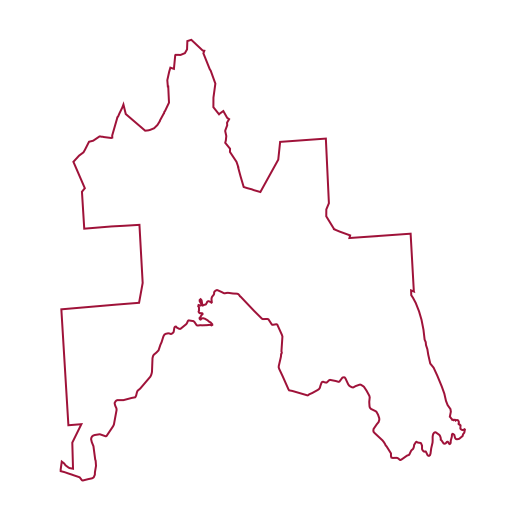 Goliševas pag., Karsavas, Latvia, rotated 88°
{"feature_id": "27541924B2681708815128", "entity_name": "Goliševas pag.", "entity_type": "district", "adm_level": 2, "iso_a3": "LVA", "parent_name": "Latvia", "parent_adm1": "Karsavas", "projection": "robinson", "projection_center": [27.928, 56.767], "detail": "fine", "context": "isolated", "style": "outline", "palette": "rose", "viewbox_px": 512, "rotation_deg": 88, "n_neighbors": 0, "source": "geoboundaries", "source_scale": "gbopen_adm2", "svg_char_len": 6022}
<svg xmlns="http://www.w3.org/2000/svg" viewBox="0 0 512 512"><g transform="rotate(88 256 256)"><path d="M297.0,99.4L296.5,99.5L239.1,100.7L241.3,162.0L238.7,161.2L234.5,171.6L232.0,177.0L231.8,176.9L231.7,177.1L218.8,184.4L211.9,184.1L205.8,181.3L141.1,182.1L142.8,227.9L160.5,230.4L192.2,249.4L190.1,255.9L189.2,257.9L187.9,262.3L186.6,265.9L175.7,268.7L166.6,270.8L166.5,270.6L161.2,272.2L151.1,278.4L147.9,278.2L141.8,282.8L139.4,282.1L135.1,281.5L130.2,282.4L129.4,282.3L124.3,280.2L121.9,280.3L121.1,279.9L118.3,278.1L116.9,280.0L110.0,283.6L112.3,287.1L113.1,288.0L105.8,293.4L96.2,293.0L82.3,290.6L69.2,294.8L67.7,295.7L51.6,301.5L49.1,300.5L48.8,302.1L37.7,313.1L38.8,317.1L47.1,317.7L50.8,320.0L52.4,324.3L52.2,329.4L52.5,329.7L66.1,331.5L64.8,335.0L68.7,336.3L77.2,338.5L83.5,338.2L83.5,337.8L99.7,337.6L108.0,341.9L108.6,342.5L110.0,342.9L110.0,343.0L117.3,347.3L117.7,347.3L121.6,349.9L124.8,353.4L126.3,357.5L126.7,359.4L126.9,362.4L109.6,381.2L100.0,383.2L103.1,384.5L108.9,387.6L111.9,389.0L112.1,389.4L112.7,389.8L113.3,389.9L130.5,395.5L132.7,395.5L133.0,396.6L131.8,404.0L131.5,404.9L131.4,406.2L131.0,407.8L131.1,408.3L135.1,414.7L136.0,418.9L143.8,423.2L146.4,424.8L149.5,429.3L155.5,435.2L182.3,424.7L185.7,427.7L222.7,426.7L221.4,399.1L221.2,387.0L220.8,371.4L279.0,370.2L298.7,374.5L299.7,397.4L302.5,452.4L418.6,449.4L418.0,436.4L436.1,446.1L462.2,446.3L461.4,449.9L460.6,451.1L458.5,453.7L456.6,455.0L454.7,457.3L462.8,458.7L464.2,458.7L465.1,455.6L470.8,440.5L471.1,439.9L474.0,437.8L474.3,437.2L474.3,436.8L473.1,431.3L472.5,427.7L471.8,426.3L471.5,425.9L469.0,424.7L466.4,424.5L460.1,423.2L455.0,423.4L453.8,423.8L440.4,425.1L436.3,426.6L433.3,427.2L432.0,426.9L430.7,426.2L429.8,425.0L429.3,423.5L428.7,418.6L428.8,418.0L430.9,412.6L430.9,412.2L430.6,411.6L421.2,404.8L419.5,403.9L405.0,400.7L403.4,400.8L400.7,401.9L398.5,402.4L397.7,402.3L396.2,401.3L395.6,400.6L395.2,399.6L395.4,393.4L393.5,385.1L393.0,381.7L392.8,381.5L391.4,380.7L387.9,379.7L386.5,379.0L384.5,376.4L372.9,365.8L371.2,364.9L369.4,364.3L368.1,364.0L354.5,363.0L352.4,362.4L351.1,361.6L349.1,359.0L346.9,356.7L341.3,354.6L338.9,353.4L333.0,351.3L331.3,350.2L330.6,348.8L330.2,346.5L330.3,345.6L331.0,343.7L330.4,342.3L329.4,341.2L328.8,340.9L324.9,340.1L324.2,339.7L323.8,339.2L323.7,338.8L323.8,338.3L324.8,337.6L326.1,335.3L326.2,334.3L326.0,333.8L321.7,328.1L320.6,327.3L318.7,326.4L318.1,325.8L318.0,325.5L318.9,320.8L319.8,319.8L323.0,317.8L323.4,317.1L323.4,315.8L323.2,314.2L323.4,312.3L323.4,307.4L323.2,305.0L323.3,303.7L323.8,303.0L323.4,302.1L322.7,302.1L320.8,303.7L319.9,305.3L318.6,306.6L316.9,309.3L316.4,310.8L316.4,312.1L316.5,312.4L317.5,313.4L317.6,313.8L317.0,314.4L316.1,314.6L315.4,313.9L313.1,312.5L312.4,311.5L312.0,311.4L311.5,311.6L311.3,311.9L311.1,314.4L310.0,315.2L309.5,315.3L308.3,314.8L307.1,314.9L305.9,314.7L304.9,315.0L304.2,315.5L303.0,315.1L303.6,313.0L303.2,312.2L302.7,311.9L299.8,313.6L299.0,313.9L298.0,313.8L297.2,312.9L297.8,312.3L298.6,311.9L301.8,311.5L302.5,311.6L302.7,311.2L303.6,310.8L303.0,309.5L302.8,308.4L302.6,307.8L301.4,307.0L300.0,306.3L299.6,305.6L299.5,304.9L300.4,302.9L301.1,302.2L300.8,301.8L297.4,302.0L296.1,301.7L295.2,301.3L293.1,299.5L292.3,299.2L290.9,299.1L290.1,298.7L289.2,297.6L288.7,296.3L288.8,295.7L290.8,291.6L292.0,289.5L292.2,288.6L291.8,286.1L291.9,284.7L292.7,280.2L293.0,276.3L293.5,275.0L294.9,273.8L295.7,273.5L296.1,272.8L310.7,259.9L318.7,252.4L319.1,251.9L319.3,251.3L319.3,247.0L319.7,245.8L324.8,242.7L325.3,242.2L325.3,241.0L324.9,238.2L325.0,237.7L325.4,237.1L335.6,232.9L337.4,232.4L352.1,233.9L353.4,233.6L354.5,233.9L354.8,234.3L357.5,234.6L366.8,237.1L368.1,237.2L369.8,236.7L377.0,233.6L390.4,228.2L391.4,227.6L392.1,224.5L397.1,209.4L396.9,208.6L396.1,207.7L394.9,204.6L392.0,198.9L391.2,197.7L390.0,196.8L387.8,196.1L385.3,195.1L384.5,194.6L384.2,194.2L384.0,193.4L384.6,191.9L385.0,190.2L384.8,189.6L382.6,187.1L382.4,186.3L383.7,180.7L384.6,178.0L384.6,177.5L384.3,176.9L380.7,174.0L380.4,173.4L380.3,172.7L380.4,171.7L381.4,170.9L387.3,168.4L388.6,167.6L389.4,166.7L390.4,165.0L390.7,164.1L390.7,163.3L389.5,161.0L388.2,156.9L388.2,156.1L388.5,155.4L390.1,153.1L390.6,152.6L394.5,150.2L399.7,147.6L401.3,147.3L405.6,147.9L406.9,147.9L410.2,147.8L411.5,147.5L412.8,146.5L415.3,141.8L415.9,141.1L418.8,139.6L422.4,138.5L424.1,138.5L426.3,139.3L428.3,141.1L432.9,144.5L434.3,144.8L435.7,144.7L436.9,143.8L444.7,136.0L446.5,134.7L448.4,133.6L449.9,133.0L450.4,132.5L450.9,132.1L458.0,128.0L460.7,128.1L462.2,127.7L462.6,126.4L462.6,122.8L462.8,121.8L463.3,120.9L464.8,119.3L464.9,118.6L464.1,117.1L460.8,112.1L460.1,110.0L459.4,109.5L456.3,107.9L455.5,107.3L454.4,105.9L453.8,105.5L452.3,104.9L450.2,104.5L447.6,102.7L447.3,102.1L448.1,100.8L448.6,98.0L449.0,97.6L451.3,96.7L454.7,96.8L455.9,96.3L456.5,95.9L457.4,94.8L457.4,94.3L457.2,93.7L457.4,93.1L461.0,91.5L461.7,90.7L461.7,89.9L461.1,89.1L459.6,88.5L454.3,87.6L448.7,86.1L446.8,85.9L443.0,85.8L441.3,85.5L439.9,85.0L438.9,84.2L438.5,83.4L438.4,83.0L438.6,82.4L441.2,79.0L442.2,78.4L443.7,77.9L444.7,77.7L446.1,77.8L446.8,77.0L449.8,75.1L450.0,74.8L450.2,73.9L449.9,73.2L449.7,72.8L448.5,71.8L448.3,71.3L448.3,70.9L448.8,70.4L450.2,69.7L450.7,69.0L450.4,68.5L449.6,68.0L447.3,67.8L443.5,66.6L441.4,66.4L440.6,65.9L440.7,65.3L441.7,64.1L444.7,63.4L445.7,62.8L446.1,62.0L446.1,61.1L445.9,59.7L445.7,59.2L443.1,55.8L441.4,55.3L439.8,54.0L436.7,53.3L436.4,53.7L436.7,54.1L437.2,55.4L436.9,56.4L436.1,57.5L435.4,57.8L432.5,57.5L432.1,57.7L431.9,58.3L431.4,58.5L431.4,58.8L431.2,59.3L430.6,59.4L429.6,59.1L428.8,59.1L427.4,59.7L427.0,60.5L427.0,61.8L427.4,62.3L426.7,62.7L426.6,63.2L426.7,63.8L427.0,64.3L426.4,65.0L426.6,65.6L425.6,66.2L424.9,66.8L424.1,67.2L423.4,67.9L418.4,66.7L415.8,67.0L411.7,69.7L407.4,71.2L400.1,72.6L392.9,74.9L381.9,79.0L373.8,82.4L369.6,85.6L360.7,87.3L355.1,88.0L351.0,89.2L348.0,89.4L345.5,90.4L335.6,91.2L325.6,92.8L317.0,95.0L308.5,98.0L303.2,100.6L300.6,102.2L295.8,102.2L297.0,99.4Z" fill="none" stroke="#9f1239" stroke-width="2"/></g></svg>